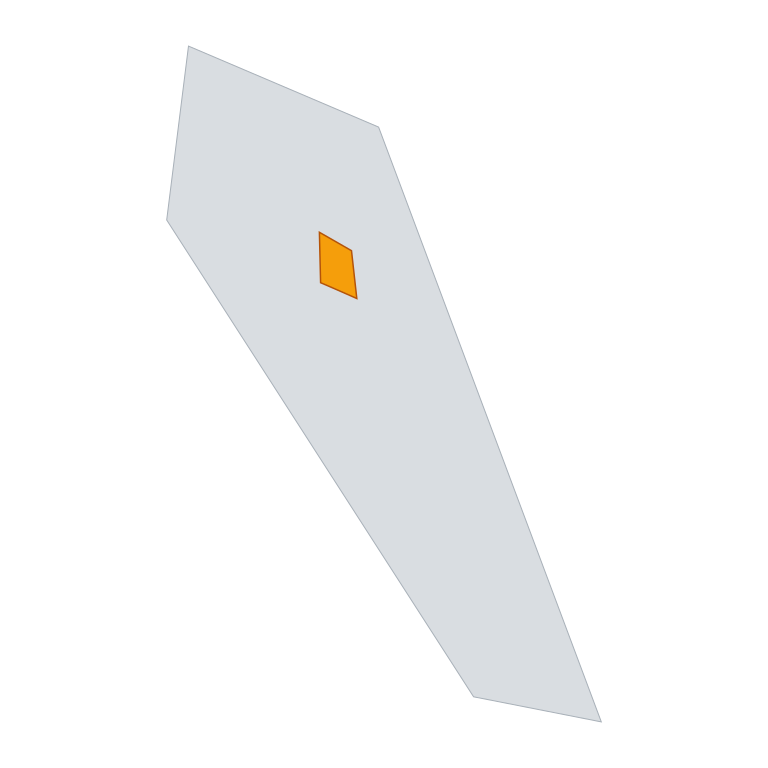 where The Quarter sits in Anguilla, rotated 270°
{"feature_id": "AIA-5125", "entity_name": "The Quarter", "entity_type": "District", "adm_level": 1, "iso_a3": "AIA", "parent_name": "Anguilla", "parent_adm1": "", "projection": "natural_earth1", "projection_center": [-63.039, 18.231], "detail": "fine", "context": "in_parent", "style": "filled", "palette": "amber", "viewbox_px": 768, "rotation_deg": 270, "n_neighbors": 0, "source": "natural_earth", "source_scale": "10m", "svg_char_len": 375}
<svg xmlns="http://www.w3.org/2000/svg" viewBox="0 0 768 768"><g transform="rotate(270 384 384)"><path d="M640.9,378.6L46.1,601.3L71.2,473.6L548.0,166.7L721.9,188.5L640.9,378.6Z" fill="#d9dde1" stroke="#a8b0b8" stroke-width="1"/><path d="M517.3,351.5L469.5,356.8L480.3,332.2L485.3,320.6L535.7,319.4L517.3,351.5Z" fill="#f59e0b" stroke="#b45309" stroke-width="1.5"/></g></svg>